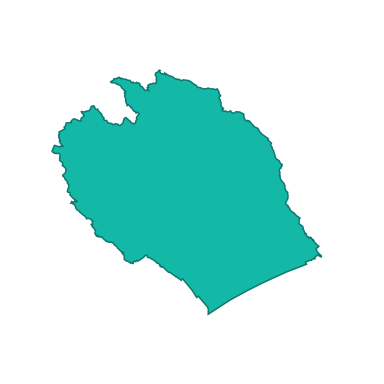 outline of Purworejo, Jawa Tengah, Indonesia, rotated 310°
{"feature_id": "22746128B47019757463267", "entity_name": "Purworejo", "entity_type": "district", "adm_level": 2, "iso_a3": "IDN", "parent_name": "Indonesia", "parent_adm1": "Jawa Tengah", "projection": "equal_earth", "projection_center": [109.987, -7.708], "detail": "fine", "context": "isolated", "style": "filled", "palette": "teal", "viewbox_px": 384, "rotation_deg": 310, "n_neighbors": 0, "source": "geoboundaries", "source_scale": "gbopen_adm2", "svg_char_len": 5938}
<svg xmlns="http://www.w3.org/2000/svg" viewBox="0 0 384 384"><g transform="rotate(310 192 192)"><path d="M108.8,283.0L132.9,290.3L152.2,297.8L166.9,304.1L191.6,315.8L210.3,326.2L211.2,323.9L215.0,326.0L216.5,327.5L218.0,327.3L219.5,328.9L220.1,329.0L220.1,328.4L221.8,328.1L223.9,328.7L224.8,329.7L224.9,331.5L225.3,332.7L226.1,332.4L226.7,326.2L227.8,324.2L228.9,323.5L230.8,324.1L231.9,324.1L232.1,323.7L231.8,320.8L232.2,320.1L232.4,316.0L233.2,316.4L233.4,315.7L233.0,313.6L233.4,313.4L233.6,312.5L233.4,311.9L232.8,312.1L232.3,311.0L232.5,310.7L232.3,309.9L232.1,310.0L232.3,309.4L232.1,307.9L232.6,306.5L233.4,306.5L233.4,305.5L232.7,305.2L234.2,303.0L234.8,301.2L235.7,300.6L236.8,298.8L236.5,294.8L237.0,293.9L239.6,291.9L241.5,291.4L241.0,287.7L241.5,283.8L241.1,280.9L241.2,278.4L241.9,277.9L242.4,276.9L242.4,275.1L243.1,274.7L243.1,271.3L244.7,270.4L248.6,269.7L251.4,267.5L252.3,265.9L253.3,265.6L253.2,263.8L254.0,261.9L254.8,260.4L256.7,259.0L257.9,256.2L257.9,254.7L258.5,252.6L259.6,250.2L261.0,249.2L261.4,248.1L262.9,247.3L264.9,244.8L266.2,244.4L267.5,244.8L269.0,244.0L269.8,244.3L270.1,243.6L271.0,243.4L270.7,241.5L272.0,238.6L271.6,236.1L271.7,234.4L276.0,227.9L276.4,226.4L277.7,224.7L278.3,222.5L279.0,221.8L280.4,221.5L280.8,216.4L281.9,216.2L281.3,208.6L281.7,205.0L283.1,201.7L282.0,198.0L282.6,195.0L282.5,193.3L283.0,192.5L283.0,191.3L282.7,191.0L283.2,190.7L283.2,190.1L282.5,188.5L281.7,188.6L281.1,187.3L282.2,184.7L283.7,182.3L284.6,182.1L285.0,181.1L284.1,178.6L284.1,177.6L283.6,176.6L281.5,174.0L279.3,173.3L278.8,172.8L278.5,171.2L278.9,169.3L276.9,168.6L275.9,167.3L275.7,165.8L273.9,163.6L273.9,162.4L274.6,162.0L275.4,162.6L275.8,161.8L276.2,162.0L276.3,160.1L276.7,158.9L279.3,156.6L279.5,155.6L280.8,154.5L281.1,152.1L284.2,152.0L284.6,149.8L286.3,147.8L287.2,145.0L285.9,144.6L284.3,141.5L282.7,139.8L282.3,138.1L281.7,137.3L281.0,137.2L278.3,134.6L277.1,130.9L275.8,129.1L276.4,126.6L275.8,123.8L275.8,122.2L275.5,121.9L275.9,121.2L275.2,117.7L272.4,113.3L271.4,113.1L270.4,111.7L269.6,109.0L268.8,108.4L268.6,107.4L268.0,106.9L267.7,102.7L266.2,99.2L265.7,95.0L264.9,96.2L263.9,93.7L262.8,92.5L263.4,90.0L264.1,89.3L264.6,89.4L264.2,88.5L263.3,88.5L262.5,89.0L260.2,87.8L258.3,88.3L256.9,91.3L255.2,92.3L253.2,94.4L251.7,93.9L251.5,94.2L250.5,92.4L249.4,92.1L248.1,90.7L246.2,89.8L244.8,90.0L244.2,91.6L243.1,90.7L242.4,91.7L241.7,93.4L241.3,92.2L239.9,91.1L239.9,89.8L239.6,89.4L240.1,88.5L240.6,86.1L240.2,85.3L240.2,84.4L240.6,83.6L240.6,83.0L241.4,82.4L241.3,81.2L240.7,80.5L240.3,79.0L239.3,79.0L238.2,77.2L238.3,76.2L236.9,75.4L237.2,74.7L237.1,73.6L237.7,72.9L236.1,70.6L236.1,69.3L234.7,67.4L234.3,65.9L233.7,65.2L233.0,65.0L233.4,64.2L233.0,63.7L233.1,62.6L232.5,62.4L232.2,61.8L231.8,62.0L230.3,61.3L228.7,59.4L227.6,59.9L225.9,59.4L225.5,59.6L224.3,58.8L224.0,59.2L224.1,60.5L226.2,63.0L226.4,63.9L226.1,65.0L227.0,66.5L227.5,68.6L227.3,69.7L226.6,71.1L226.6,73.7L226.2,74.2L226.6,75.9L226.1,76.8L225.6,76.2L224.3,76.6L223.8,78.4L222.8,78.3L221.8,79.2L220.9,81.4L219.2,82.5L219.1,83.2L217.9,84.2L217.3,85.9L216.5,86.5L216.5,86.8L217.6,87.0L217.7,87.4L217.9,89.0L217.4,91.2L218.0,91.6L217.9,92.1L217.2,92.8L216.6,95.5L217.1,97.0L216.5,98.5L217.9,98.8L218.1,101.1L213.7,101.5L212.9,101.8L212.4,102.9L210.0,103.4L208.3,104.4L207.1,103.9L206.9,102.8L206.0,102.0L206.6,98.2L206.4,97.6L206.5,95.4L206.1,94.7L206.6,94.1L206.1,93.1L204.4,92.9L200.5,94.7L196.7,94.3L196.1,92.8L196.3,91.7L195.7,91.5L195.9,90.7L194.5,89.0L193.1,88.8L192.8,86.6L192.2,85.1L190.9,83.5L191.9,80.6L190.8,79.0L190.6,77.7L192.1,77.1L192.3,75.0L193.7,72.1L194.1,67.3L194.9,66.5L193.8,65.6L193.5,64.8L194.9,61.7L194.7,61.1L193.9,61.2L193.6,60.2L192.6,59.8L190.0,60.9L188.7,61.1L183.7,57.6L182.8,55.8L182.4,55.6L181.8,56.7L181.6,59.6L180.7,59.8L180.2,60.6L177.3,59.7L176.6,59.9L175.1,61.4L174.0,59.7L172.6,55.2L172.0,54.4L170.2,53.9L168.3,54.0L167.6,54.9L164.1,51.3L160.7,52.8L159.5,52.3L158.7,54.0L152.4,51.6L150.9,53.6L150.3,53.1L149.8,53.3L148.9,54.6L148.0,54.9L148.3,55.6L147.5,56.3L147.0,57.8L146.6,57.4L145.8,57.6L145.6,58.9L145.0,59.1L144.6,59.9L144.6,61.5L144.1,62.0L144.2,63.8L143.2,63.2L142.4,61.7L141.6,61.8L139.3,56.7L133.3,58.5L133.0,59.4L133.3,61.9L135.0,64.2L135.9,64.7L136.1,65.5L134.9,68.0L133.6,68.3L131.2,70.2L131.0,70.9L131.3,73.7L130.0,75.6L129.3,75.4L128.8,76.0L129.1,76.5L128.8,80.5L125.4,82.8L121.9,82.1L121.3,82.5L121.0,85.5L120.2,86.5L119.8,90.0L118.8,90.7L118.2,93.0L116.6,94.3L112.9,95.7L112.2,96.3L112.0,96.9L112.9,98.8L112.8,99.4L111.3,100.5L110.7,105.2L111.2,109.9L109.8,109.7L109.6,108.7L109.9,108.3L109.6,108.0L107.9,107.6L107.5,107.9L107.4,106.5L106.8,107.1L106.6,106.9L106.9,106.1L105.6,106.4L106.6,107.7L106.3,108.9L106.6,109.6L106.1,112.0L104.8,113.8L104.4,115.0L104.7,116.8L104.4,119.8L104.6,120.5L104.3,121.4L104.6,125.1L104.3,127.4L103.7,128.5L105.4,129.8L105.9,131.3L105.7,133.6L106.0,134.8L104.9,135.0L103.2,136.8L102.7,135.6L102.3,135.6L102.1,136.9L101.3,137.9L101.1,139.1L101.4,140.5L100.6,141.4L100.0,143.4L97.7,144.2L97.8,145.2L97.0,146.4L97.5,147.2L96.9,147.7L97.1,148.1L98.0,147.8L97.8,149.6L98.0,150.0L99.0,150.3L99.1,152.2L99.8,152.4L99.0,155.5L99.3,156.2L99.0,158.2L99.7,158.6L99.7,159.2L100.2,160.7L100.8,161.6L101.6,161.9L101.8,163.3L102.3,164.1L101.6,166.9L101.8,169.8L101.1,171.3L101.3,172.8L100.9,173.9L101.0,175.2L100.6,177.4L101.6,177.5L101.4,178.8L100.1,178.5L99.7,180.9L96.9,183.4L96.8,185.3L97.9,188.4L98.0,190.8L99.0,191.2L99.1,192.3L99.5,192.9L100.8,191.9L102.3,192.5L102.4,193.8L104.0,193.7L104.7,195.3L105.5,195.1L106.5,195.8L111.0,197.0L113.4,196.9L114.0,197.7L114.7,197.8L113.4,199.9L114.8,202.7L114.6,203.9L115.2,205.8L115.3,209.8L115.0,211.0L115.5,211.1L115.7,214.6L114.7,214.8L114.6,215.7L115.0,217.1L115.9,217.1L115.4,225.7L116.0,226.0L116.5,228.5L116.7,234.4L117.0,234.4L117.1,234.9L117.4,240.5L119.5,240.7L116.7,255.7L114.2,263.4L116.2,263.8L113.9,277.8L112.7,279.9L108.8,283.0Z" fill="#14b8a6" stroke="#0f766e" stroke-width="1.5"/></g></svg>